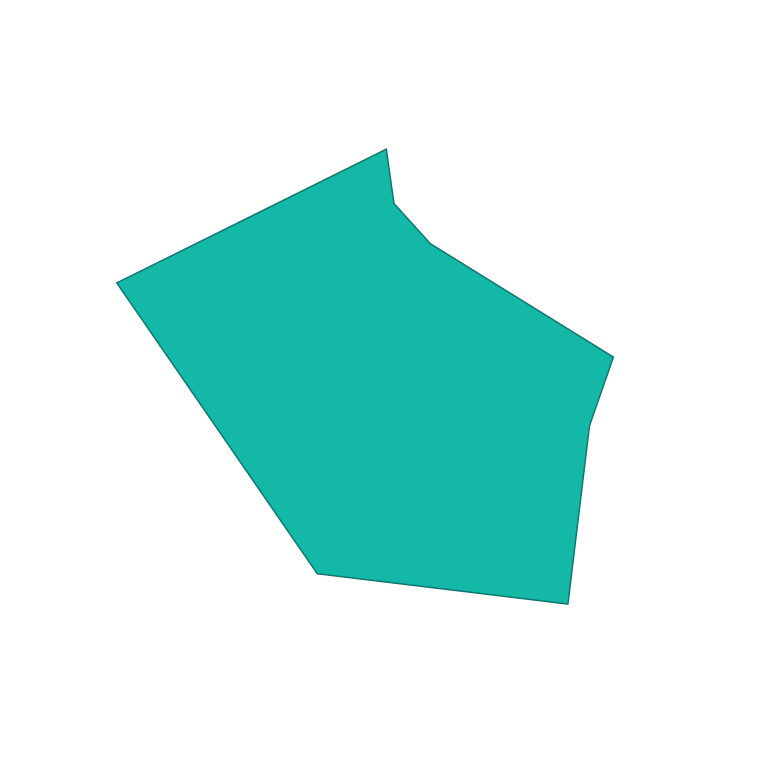 the Highly Urbanized City of Mandaue, rotated 305°
{"feature_id": "PHL-5523", "entity_name": "Mandaue", "entity_type": "Highly Urbanized City", "adm_level": 1, "iso_a3": "PHL", "parent_name": "Philippines", "parent_adm1": "", "projection": "orthographic", "projection_center": [123.958, 10.355], "detail": "fine", "context": "isolated", "style": "filled", "palette": "teal", "viewbox_px": 768, "rotation_deg": 305, "n_neighbors": 0, "source": "natural_earth", "source_scale": "10m", "svg_char_len": 279}
<svg xmlns="http://www.w3.org/2000/svg" viewBox="0 0 768 768"><g transform="rotate(305 384 384)"><path d="M577.7,251.2L537.6,288.6L525.5,341.6L537.6,556.5L467.6,576.3L309.2,660.9L190.3,438.2L313.5,107.1L577.7,251.2Z" fill="#14b8a6" stroke="#0f766e" stroke-width="1.5"/></g></svg>